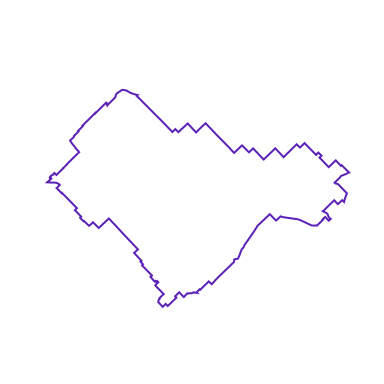 outline of Orange, New South Wales, Australia, rotated 306°
{"feature_id": "25037944B16030223882467", "entity_name": "Orange", "entity_type": "district", "adm_level": 2, "iso_a3": "AUS", "parent_name": "Australia", "parent_adm1": "New South Wales", "projection": "orthographic", "projection_center": [149.098, -33.328], "detail": "fine", "context": "isolated", "style": "outline", "palette": "violet", "viewbox_px": 384, "rotation_deg": 306, "n_neighbors": 0, "source": "geoboundaries", "source_scale": "gbopen_adm2", "svg_char_len": 4589}
<svg xmlns="http://www.w3.org/2000/svg" viewBox="0 0 384 384"><g transform="rotate(306 192 192)"><path d="M300.1,307.5L300.4,305.7L301.0,301.3L301.7,297.3L300.7,297.1L301.5,292.9L302.1,289.7L292.5,288.0L293.3,283.3L294.8,275.0L294.8,274.9L297.5,275.4L298.2,271.0L295.5,270.7L295.4,270.7L295.5,270.3L295.0,270.2L295.6,266.9L297.7,254.3L292.8,253.5L291.4,253.1L292.1,248.6L281.0,246.8L280.8,246.7L274.0,245.6L274.1,245.4L276.3,233.7L265.9,231.9L265.6,231.8L260.4,230.9L263.2,215.8L257.6,214.8L259.1,205.1L257.9,204.8L248.4,203.1L248.4,202.8L249.4,197.7L249.7,196.3L250.7,190.5L252.8,177.7L253.5,174.2L255.6,162.6L251.4,161.7L242.6,160.3L244.9,148.2L232.4,145.8L233.1,141.6L229.0,140.9L230.9,130.1L232.0,123.8L232.0,123.6L232.9,117.8L234.5,107.8L234.6,107.3L235.7,100.3L236.6,95.1L237.2,90.9L238.5,91.0L238.1,90.2L237.1,87.5L236.6,86.0L236.5,85.4L236.1,84.3L235.6,79.4L234.5,77.0L233.9,75.8L232.6,75.0L230.8,74.5L229.4,73.9L228.8,73.7L228.0,73.3L227.7,73.3L226.0,73.3L223.5,74.3L216.1,73.1L214.0,72.8L212.3,72.6L212.2,72.6L212.3,72.4L212.5,72.2L212.7,71.9L212.8,71.7L213.1,71.5L213.2,71.4L213.3,71.3L213.3,71.2L213.5,71.1L213.7,70.9L213.8,70.8L213.9,70.7L214.0,70.6L214.0,70.4L213.9,70.3L213.9,70.1L213.7,70.0L198.6,67.5L198.8,67.2L198.3,67.2L198.0,67.1L181.4,64.4L181.3,65.0L178.9,64.6L176.8,64.3L176.4,64.2L174.4,63.9L174.3,64.6L167.9,63.6L167.7,63.9L167.2,64.1L162.1,63.1L161.9,63.1L160.8,66.2L159.9,69.5L159.7,70.4L159.6,70.6L159.0,72.5L158.6,74.2L158.5,75.0L158.3,75.8L157.9,77.3L151.7,76.2L151.3,76.1L145.5,75.2L145.4,75.2L141.8,74.6L140.6,74.4L140.6,74.6L136.3,73.9L135.5,73.7L135.5,73.9L130.9,73.1L126.1,72.3L126.5,69.5L125.7,69.3L125.2,69.5L124.5,69.6L123.8,68.9L122.3,68.6L121.3,68.2L120.3,68.3L120.2,68.4L120.3,68.4L120.3,68.5L120.3,68.8L120.3,69.0L120.3,69.3L120.3,69.5L120.3,69.8L120.3,70.0L120.2,70.2L120.2,70.3L115.9,69.5L115.7,69.3L114.7,69.1L116.1,71.2L116.4,71.8L116.9,72.7L118.6,75.0L119.3,76.1L119.7,76.8L120.0,78.1L120.2,79.3L120.1,79.9L119.9,79.9L119.9,80.9L115.6,80.2L115.6,80.4L114.4,87.2L114.9,87.2L114.6,88.8L112.8,99.6L111.9,104.5L111.3,108.4L110.2,108.2L108.5,107.9L108.4,108.6L106.9,116.9L105.4,116.6L104.5,121.4L105.1,121.6L104.5,125.7L104.3,127.1L104.2,127.9L104.1,128.5L106.5,129.2L109.3,129.7L108.1,137.7L117.4,139.5L117.6,139.5L121.7,140.3L121.3,142.8L121.1,143.6L120.8,144.9L120.8,145.1L119.3,153.3L119.2,153.5L117.4,162.7L116.7,166.7L116.6,166.9L116.0,170.0L115.5,172.8L113.8,181.8L113.8,182.0L108.7,181.0L106.6,191.6L105.4,191.3L104.7,194.8L103.3,194.6L100.9,208.7L98.9,208.3L98.7,209.6L97.8,213.0L97.8,213.4L97.6,214.4L97.6,214.5L98.1,214.7L98.4,214.7L98.5,214.7L98.3,215.7L99.5,216.0L99.2,217.8L96.5,217.3L95.0,217.1L94.8,217.2L94.4,219.5L92.8,229.1L92.4,229.0L87.2,228.1L87.2,228.4L86.2,228.7L85.1,228.5L83.1,229.3L82.9,230.3L81.9,235.8L86.0,236.5L85.5,239.4L94.7,241.0L97.3,241.5L97.5,241.0L97.5,239.8L97.7,239.6L99.7,240.0L100.0,240.0L103.4,240.6L102.8,243.6L102.2,247.1L107.3,247.8L107.3,248.0L107.4,248.5L107.8,248.7L108.1,249.1L108.7,249.6L109.0,249.8L109.2,250.0L109.3,250.4L109.5,250.8L109.6,251.0L109.8,251.3L110.1,251.4L110.6,251.5L110.8,251.6L110.9,251.8L111.0,251.8L111.3,252.0L111.5,252.2L111.6,252.4L111.6,252.5L111.8,252.7L111.8,252.8L112.0,253.0L112.2,253.3L112.4,253.4L112.4,253.5L112.5,253.6L112.6,253.9L112.7,254.1L112.8,254.2L112.8,254.3L113.0,254.5L113.2,254.8L113.3,255.0L113.4,255.3L113.5,255.5L113.7,254.7L114.8,254.9L115.0,254.9L117.8,255.4L117.6,256.1L129.5,258.1L129.0,262.2L129.9,262.2L132.1,262.6L133.5,262.7L134.6,262.7L141.5,263.8L149.7,265.3L154.3,266.1L157.4,266.6L159.6,267.1L160.5,266.9L160.8,266.7L161.3,266.4L162.1,265.8L162.4,266.0L163.5,266.7L164.5,268.0L165.0,268.3L167.7,267.9L173.3,266.3L173.5,266.3L175.3,265.8L177.2,266.3L180.2,265.6L185.6,265.6L190.1,265.5L193.4,265.4L195.7,265.4L203.2,264.9L203.4,264.9L211.8,266.5L219.8,268.0L219.1,272.0L218.3,276.7L218.5,276.9L221.8,277.5L224.4,278.0L225.0,279.7L225.2,280.4L225.9,281.9L230.8,291.1L231.6,292.6L231.9,293.0L232.1,293.7L232.4,294.4L232.6,295.1L232.7,295.5L233.1,297.0L235.1,307.7L235.3,308.4L235.5,308.8L235.8,309.4L236.2,310.0L237.9,312.0L238.3,312.7L238.5,313.1L239.1,313.0L239.4,313.0L240.6,313.2L240.8,313.3L246.7,314.3L246.8,313.7L250.1,314.4L249.2,319.5L251.8,320.0L251.7,318.9L252.4,316.7L253.8,314.6L254.0,312.8L253.7,311.4L253.6,310.9L253.4,309.2L253.6,309.3L268.9,311.9L267.9,317.2L273.7,318.3L273.3,320.9L275.9,319.8L279.0,318.9L282.0,318.1L284.2,305.5L284.0,304.9L284.0,304.7L283.6,303.9L283.3,303.2L283.3,302.1L283.3,301.9L291.1,303.2L292.5,303.1L297.1,306.0L299.9,307.3L300.1,307.5Z" fill="none" stroke="#5b21b6" stroke-width="2"/></g></svg>